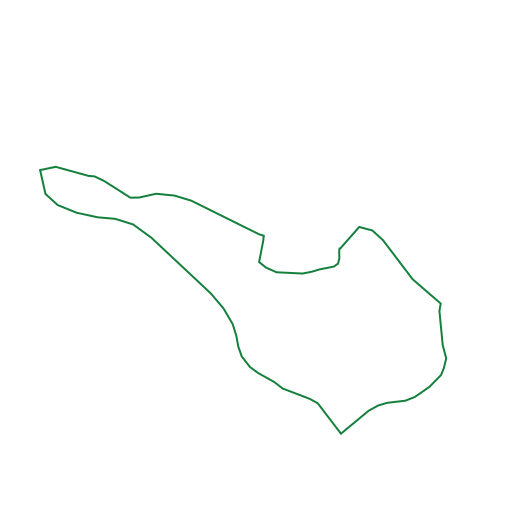 SVG path tracing the border of Siparia, rotated 43°
{"feature_id": "TTO-52", "entity_name": "Siparia", "entity_type": "Region", "adm_level": 1, "iso_a3": "TTO", "parent_name": "Trinidad and Tobago", "parent_adm1": "", "projection": "orthographic", "projection_center": [-61.668, 10.145], "detail": "fine", "context": "isolated", "style": "outline", "palette": "green", "viewbox_px": 512, "rotation_deg": 43, "n_neighbors": 0, "source": "natural_earth", "source_scale": "10m", "svg_char_len": 901}
<svg xmlns="http://www.w3.org/2000/svg" viewBox="0 0 512 512"><g transform="rotate(43 256 256)"><path d="M312.0,193.6L312.5,193.2L311.7,164.4L323.6,158.0L337.9,157.8L386.5,166.2L423.5,164.8L427.6,171.1L453.3,193.8L465.0,201.2L469.9,210.0L472.5,216.8L472.1,233.3L468.3,250.8L463.9,260.0L452.1,273.9L447.3,282.0L443.9,292.4L439.3,328.0L401.6,321.6L392.8,323.8L366.0,334.7L355.5,335.7L337.0,340.2L327.4,341.3L314.1,339.2L304.8,334.3L296.2,327.9L285.4,321.7L267.9,316.5L248.6,314.2L167.0,314.0L144.7,316.7L127.6,324.9L113.8,335.7L95.5,346.6L76.2,354.0L59.7,354.2L39.5,340.4L48.7,327.4L79.1,311.5L83.6,307.9L93.9,304.7L124.4,299.0L130.7,292.9L140.5,278.6L155.2,267.4L170.9,259.7L243.5,238.0L247.9,235.9L251.0,240.1L262.4,258.3L271.4,257.6L282.1,253.9L302.1,237.0L307.8,229.0L311.6,222.5L320.1,210.7L321.2,205.6L318.6,200.9L313.6,195.8L312.0,193.6Z" fill="none" stroke="#15803d" stroke-width="2"/></g></svg>